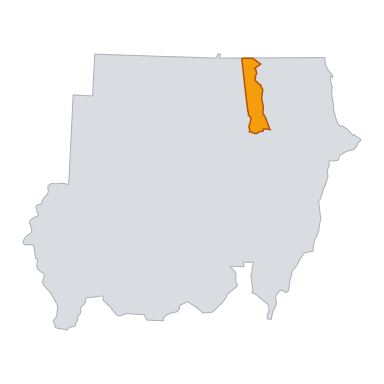 Abu Hamad, River Nile, Sudan shown in context
{"feature_id": "16777658B63373210852762", "entity_name": "Abu Hamad", "entity_type": "district", "adm_level": 2, "iso_a3": "SDN", "parent_name": "Sudan", "parent_adm1": "River Nile", "projection": "orthographic", "projection_center": [33.396, 20.198], "detail": "fine", "context": "in_parent", "style": "filled", "palette": "amber", "viewbox_px": 384, "rotation_deg": 0, "n_neighbors": 0, "source": "geoboundaries", "source_scale": "gbopen_adm2", "svg_char_len": 5470}
<svg xmlns="http://www.w3.org/2000/svg" viewBox="0 0 384 384"><path d="M271.5,319.1L267.6,319.1L267.2,318.2L267.3,315.8L267.7,313.9L269.1,310.9L268.7,309.3L269.0,307.0L267.9,304.3L258.7,296.8L256.9,294.7L251.9,292.7L252.8,290.6L250.8,275.0L251.8,273.2L252.1,270.4L252.1,268.0L253.3,264.0L253.4,262.3L243.6,262.2L243.5,263.9L243.9,265.8L243.9,266.6L230.3,266.6L235.8,272.7L236.0,275.4L235.7,278.8L235.7,280.9L236.0,282.3L237.5,285.1L237.4,285.6L237.1,286.2L227.3,294.3L225.7,298.1L224.4,300.1L221.6,303.4L212.7,311.9L211.2,312.5L204.5,312.7L203.8,312.9L203.3,313.3L203.0,313.2L197.3,308.0L187.6,301.7L181.2,304.7L179.4,305.9L179.4,308.8L178.4,310.3L176.6,311.9L171.9,312.8L169.4,313.7L166.4,315.2L163.5,317.9L163.3,319.4L163.6,320.7L147.2,320.1L146.2,319.1L143.9,314.4L142.2,314.6L127.3,313.6L125.2,314.0L120.9,315.7L118.8,315.9L116.6,314.9L109.0,305.6L107.3,304.4L105.6,302.2L103.9,301.2L103.4,300.4L103.2,299.5L103.3,297.5L102.8,296.2L101.6,295.9L91.1,297.5L89.6,297.2L87.4,297.4L86.6,297.8L85.7,298.9L85.5,301.4L85.2,302.6L84.4,303.9L81.3,306.8L80.6,308.1L80.7,311.5L80.4,313.2L80.0,314.0L78.6,315.2L78.1,315.9L77.5,320.2L75.8,322.7L75.4,323.6L75.3,325.5L75.0,326.1L70.2,327.3L68.4,328.2L67.3,329.6L67.0,330.2L65.0,329.5L62.5,329.0L57.5,328.3L55.6,327.5L54.7,326.4L55.0,323.8L54.6,323.2L53.8,322.7L53.3,321.5L53.4,320.2L56.1,317.3L56.7,315.7L57.6,308.2L57.5,305.9L55.5,301.5L51.1,293.8L50.0,292.3L44.3,285.9L43.6,285.0L42.3,282.3L44.0,276.8L44.2,275.2L43.9,273.6L42.4,272.3L41.1,272.1L39.4,270.5L38.3,269.7L37.4,268.3L36.7,266.4L37.5,259.8L37.2,258.9L35.7,258.6L35.4,258.1L35.5,256.8L34.8,253.0L34.1,249.8L34.6,248.1L33.5,245.7L31.1,244.5L26.4,244.9L25.0,244.7L24.0,244.2L23.4,243.3L23.0,242.2L23.4,240.7L24.9,238.0L26.6,235.8L30.1,233.9L31.0,232.8L31.6,231.6L31.7,230.2L31.6,228.7L31.3,227.3L30.4,225.4L29.6,223.2L29.6,221.7L30.1,220.7L31.0,219.5L34.5,217.3L38.0,215.5L38.6,214.8L38.4,213.9L36.9,212.1L36.6,208.8L35.8,206.5L37.6,204.9L38.9,204.4L40.9,204.0L41.7,203.3L42.0,201.9L42.0,200.6L42.8,199.7L43.9,197.7L44.7,196.8L47.4,194.5L48.0,192.9L48.3,191.4L47.8,186.8L49.4,184.9L51.3,183.5L54.1,183.7L58.3,183.7L61.3,183.2L63.3,183.3L68.0,184.4L68.5,184.1L68.8,182.9L73.2,94.9L92.4,96.0L92.6,95.9L94.8,54.2L215.0,58.1L216.0,58.0L218.0,54.1L218.8,53.8L220.0,54.1L220.4,55.0L219.4,58.1L324.8,57.6L325.1,62.4L326.0,66.2L329.2,71.6L331.8,74.4L332.7,76.0L332.8,76.8L332.7,77.5L331.9,76.7L330.6,76.2L330.5,78.7L331.2,83.9L332.4,87.6L331.7,91.0L331.9,96.7L333.4,103.6L333.3,108.0L335.7,118.1L338.0,123.8L339.2,125.1L340.6,125.9L343.2,126.3L347.0,129.1L350.1,132.0L351.2,133.6L352.7,135.3L353.7,135.0L354.3,134.5L355.4,135.9L360.2,138.8L361.0,140.2L359.3,141.6L357.4,144.1L356.5,146.3L355.9,147.1L354.4,148.5L354.1,149.2L353.5,149.6L352.7,149.7L351.1,150.5L349.6,150.3L348.1,150.7L347.6,151.3L346.4,151.8L344.8,152.1L342.4,154.0L340.2,155.0L339.5,155.8L338.4,159.5L337.6,160.5L334.4,160.7L332.8,161.1L330.6,160.7L329.6,160.8L329.3,161.6L329.0,164.8L329.1,166.2L327.3,169.9L328.0,176.7L326.3,181.9L326.1,183.1L324.4,187.2L323.5,188.7L321.3,196.4L320.4,198.7L318.6,201.2L320.8,219.4L319.2,225.0L319.3,228.0L318.2,232.5L317.4,234.6L315.9,237.2L314.7,240.0L313.7,243.7L313.1,250.7L312.7,251.3L306.9,252.3L305.0,252.8L303.8,253.6L302.3,255.4L299.4,260.3L297.8,263.4L295.4,267.5L292.5,270.4L291.9,271.8L291.5,274.5L290.5,278.7L289.5,281.6L289.7,284.0L288.8,288.1L288.9,290.1L287.9,291.3L286.6,292.3L285.7,292.6L281.6,289.9L278.7,291.8L276.9,294.5L275.5,297.2L276.3,302.9L276.3,304.1L275.8,305.5L273.1,311.1L272.3,313.6L271.5,318.1L271.5,319.1Z" fill="#d9dde1" stroke="#a8b0b8" stroke-width="1"/><path d="M260.6,64.1L256.1,60.7L254.7,59.7L252.9,58.3L252.5,58.3L252.1,58.3L248.2,58.3L241.7,58.3L241.8,58.3L241.8,58.7L244.1,79.6L244.7,84.8L247.5,108.8L247.7,110.1L248.1,110.7L247.9,110.9L247.8,111.4L248.5,112.7L248.5,113.3L248.2,114.5L248.4,115.1L249.0,115.6L249.7,116.3L250.5,117.7L251.0,118.2L250.9,118.9L250.9,119.1L250.6,120.1L250.0,123.0L249.9,123.3L249.6,124.6L248.9,126.2L249.0,126.7L249.2,128.0L249.5,128.9L249.6,130.5L249.5,131.4L249.4,131.8L249.6,131.9L250.7,131.9L251.4,132.1L252.9,132.8L254.4,133.3L256.1,133.6L257.7,133.0L258.3,132.5L260.1,131.5L260.8,131.3L261.5,131.3L262.8,131.5L262.9,131.2L263.0,130.9L263.2,130.2L263.3,130.0L263.4,129.6L263.5,129.1L263.5,128.9L266.1,129.0L266.3,129.1L269.2,129.5L269.6,129.6L270.0,129.6L269.9,129.5L267.7,123.7L267.2,122.3L265.6,118.0L265.4,117.5L265.3,117.2L264.5,116.0L264.4,115.8L264.3,115.6L263.8,114.7L263.2,113.8L263.1,113.7L262.9,112.3L262.9,111.9L263.0,110.7L263.3,106.6L263.3,106.2L262.1,100.9L261.6,98.6L262.0,95.1L262.8,89.7L262.7,89.5L262.6,89.4L262.2,88.8L262.0,88.4L261.9,88.1L261.8,87.7L261.6,87.3L261.5,87.1L261.3,86.9L261.1,86.7L260.9,86.2L260.9,85.9L260.8,85.6L260.8,85.4L260.7,85.3L260.6,85.1L260.5,84.8L260.4,84.6L260.2,84.4L259.9,84.3L259.6,84.2L259.3,84.2L259.0,84.1L258.8,84.0L258.6,83.8L258.3,83.5L258.1,83.1L257.9,82.9L257.8,82.6L257.5,82.3L257.2,82.0L256.9,81.7L256.5,81.4L256.1,81.2L255.8,81.1L255.7,81.1L255.3,80.7L255.0,80.3L255.0,79.8L255.0,79.5L255.1,79.4L255.2,79.0L255.4,78.2L255.5,78.1L255.5,77.8L255.5,77.3L255.5,77.1L255.4,76.6L255.3,76.2L255.3,75.8L255.4,75.6L255.6,75.4L255.9,75.0L256.2,74.7L256.5,74.3L256.6,74.0L256.7,73.5L256.6,73.0L256.5,72.5L256.4,72.2L256.2,71.7L256.1,71.4L256.1,70.7L256.0,70.2L255.9,69.8L255.8,69.7L255.7,69.5L255.2,69.1L255.0,68.7L254.8,68.5L254.7,68.4L255.0,68.3L255.4,67.9L256.9,66.8L260.4,64.3L260.6,64.1Z" fill="#f59e0b" stroke="#b45309" stroke-width="1.5"/></svg>